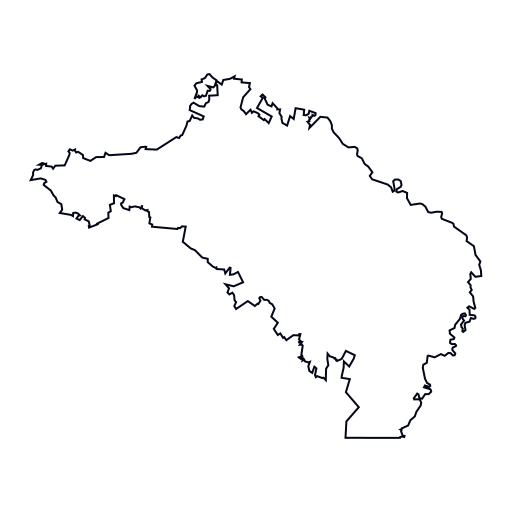 the district of Ocosingo, Chiapas, Mexico
{"feature_id": "50627088B67639994326823", "entity_name": "Ocosingo", "entity_type": "district", "adm_level": 2, "iso_a3": "MEX", "parent_name": "Mexico", "parent_adm1": "Chiapas", "projection": "natural_earth1", "projection_center": [-91.381, 16.657], "detail": "fine", "context": "isolated", "style": "outline", "palette": "ink", "viewbox_px": 512, "rotation_deg": 0, "n_neighbors": 0, "source": "geoboundaries", "source_scale": "gbopen_adm2", "svg_char_len": 6019}
<svg xmlns="http://www.w3.org/2000/svg" viewBox="0 0 512 512"><path d="M345.5,437.8L399.9,437.9L400.2,437.0L402.2,436.6L404.2,437.0L404.5,435.9L402.7,435.8L401.1,431.4L401.4,430.3L400.6,429.7L401.6,429.5L401.6,428.5L408.1,425.5L410.4,420.2L414.8,416.4L416.3,412.0L420.7,405.4L421.2,402.6L420.1,400.1L418.8,399.3L414.2,399.4L413.8,398.3L417.2,393.6L418.5,394.4L419.4,398.2L422.1,398.7L425.2,394.1L428.7,394.1L431.2,391.7L430.5,389.3L424.0,387.3L424.9,385.5L429.3,386.8L430.3,385.9L430.0,384.6L427.1,383.0L425.0,378.7L422.8,367.9L423.3,364.7L426.8,362.8L427.6,356.0L428.4,355.6L434.7,357.3L440.9,354.1L444.7,355.8L448.4,352.9L450.7,353.2L452.8,355.4L454.6,355.3L455.3,353.4L452.5,350.2L452.3,348.8L452.9,347.5L455.8,346.2L456.1,345.3L454.9,344.0L451.7,344.1L450.0,342.8L450.4,339.7L453.8,339.1L454.4,337.5L449.9,333.7L449.6,330.4L454.5,328.0L455.2,324.7L460.0,318.8L461.1,314.9L462.6,313.8L464.8,313.4L466.0,315.2L465.4,316.3L463.3,316.0L462.5,316.7L462.5,318.4L464.0,320.6L461.0,324.6L461.4,326.9L462.8,328.6L462.3,331.0L463.2,331.9L465.5,330.1L464.6,325.0L465.4,322.8L469.5,321.7L470.9,318.0L473.6,318.9L475.3,318.3L475.5,316.7L474.6,315.4L469.7,314.8L469.5,309.8L467.4,307.7L469.1,306.3L474.2,308.9L475.3,307.9L473.6,301.6L473.1,296.4L469.8,292.3L471.7,290.0L470.5,287.3L470.6,285.2L468.0,282.1L470.8,278.9L470.3,274.1L471.2,272.3L475.4,276.8L481.3,276.0L480.9,270.3L479.2,264.8L480.4,261.5L475.5,254.9L473.9,246.2L466.6,241.1L467.1,237.6L466.3,235.3L454.0,226.6L453.5,224.0L452.5,223.0L441.8,218.8L441.2,217.1L442.1,213.3L441.6,211.9L436.6,211.7L431.4,212.7L428.2,212.1L425.5,206.8L422.5,204.2L420.0,203.5L410.7,204.9L407.0,198.2L407.1,192.9L402.7,191.0L398.0,192.5L396.3,191.5L396.9,189.2L400.7,186.8L401.5,185.0L400.8,181.2L398.4,179.5L395.0,179.5L393.2,181.2L394.6,188.7L394.2,190.8L392.7,191.7L391.1,187.3L387.6,184.5L372.1,179.3L369.8,175.9L372.4,172.3L368.3,166.6L364.7,164.0L361.8,158.3L357.6,156.0L357.0,154.5L357.7,150.5L357.2,148.3L354.7,146.9L348.5,147.4L342.8,143.9L339.1,138.1L333.7,132.4L331.9,128.7L331.9,125.2L330.4,121.3L327.5,117.6L320.4,116.8L309.4,128.0L310.0,124.8L307.5,121.7L309.4,121.1L309.1,120.1L309.9,119.4L309.3,117.7L310.5,118.3L311.4,117.5L311.3,116.6L313.0,115.7L312.8,115.1L314.6,115.8L315.5,115.0L315.6,113.1L309.3,110.8L308.6,113.9L305.9,115.3L303.7,115.0L304.2,109.7L295.6,108.2L293.7,119.0L290.1,116.1L287.1,125.6L282.4,122.9L281.4,118.5L281.7,117.0L279.4,113.1L280.1,109.4L277.3,109.4L277.4,108.4L272.6,103.2L271.5,106.4L267.6,104.7L264.6,98.3L265.4,97.3L262.5,94.5L260.7,96.3L262.8,97.8L257.0,108.0L271.7,116.5L268.7,123.1L264.6,119.1L263.8,120.1L258.5,116.2L259.4,114.7L257.9,113.2L253.6,111.3L251.9,112.8L250.5,109.7L246.0,114.2L243.9,111.2L241.4,109.4L240.5,107.4L243.2,97.2L250.4,89.2L249.0,87.0L249.9,83.1L241.6,82.4L241.8,79.5L234.0,78.7L234.6,76.3L230.1,78.8L223.3,80.0L221.7,84.6L217.5,81.5L215.7,82.8L216.5,80.3L212.4,77.4L209.5,74.1L207.3,74.5L204.9,78.1L201.6,79.4L202.0,81.9L196.3,83.3L194.5,85.7L197.1,90.5L197.0,92.3L194.4,98.9L196.7,96.6L199.0,97.6L198.8,95.9L200.7,97.2L202.3,95.3L204.0,96.3L205.9,95.8L207.7,90.7L209.8,90.9L210.6,89.2L207.5,85.9L213.3,87.4L216.2,84.3L217.2,85.3L217.7,95.2L209.1,95.7L209.3,99.4L208.5,102.0L205.8,103.3L204.3,106.6L199.3,106.1L193.5,102.7L191.7,103.8L190.2,105.8L189.7,110.1L203.7,116.4L202.7,119.4L200.1,119.8L198.1,118.5L194.0,117.8L192.2,115.5L189.7,121.0L187.5,121.5L186.4,125.8L182.2,135.1L180.7,135.5L179.1,138.0L176.3,137.1L156.8,149.6L145.6,149.1L146.2,146.9L145.2,146.7L140.5,147.3L136.4,152.8L131.6,153.8L109.2,155.2L105.5,152.8L104.0,157.0L96.1,157.1L90.4,160.9L83.2,158.1L82.9,155.0L78.1,151.8L76.2,152.5L75.1,150.9L75.1,149.5L72.7,150.6L69.8,149.3L68.4,151.4L69.6,152.8L69.5,154.6L64.7,165.4L55.3,165.7L53.1,168.7L51.7,166.6L46.0,165.9L46.2,163.7L43.5,164.4L43.6,163.4L42.2,163.0L39.1,164.7L42.0,164.8L40.9,168.3L37.4,169.9L35.7,169.4L34.2,170.1L33.0,172.7L33.2,174.9L30.7,180.1L40.7,178.4L45.5,179.9L46.4,181.8L44.3,183.1L43.7,184.9L50.9,190.6L53.5,195.3L55.7,197.6L57.5,202.0L61.3,204.1L62.2,209.7L59.8,213.0L71.0,214.9L73.0,216.1L73.2,213.0L75.5,212.6L77.9,213.4L79.9,215.4L78.4,215.8L76.5,218.5L79.7,220.1L82.9,216.1L85.0,217.9L84.7,219.4L88.8,221.4L89.7,225.7L88.8,225.9L89.1,227.6L97.6,224.3L97.2,223.6L108.5,218.0L108.3,212.7L110.8,211.2L109.9,204.8L114.0,203.3L113.9,195.4L115.8,196.1L116.2,195.2L124.4,199.1L122.7,202.7L121.2,203.3L121.1,204.8L123.3,208.1L129.3,210.1L129.7,206.6L131.2,207.2L135.0,206.4L139.3,207.3L140.6,208.5L142.3,205.3L141.7,208.2L145.5,210.5L147.5,210.0L147.5,211.3L149.0,212.1L149.3,217.1L150.3,217.4L149.4,223.4L152.2,224.5L152.0,226.7L177.4,229.0L178.0,227.9L180.1,228.2L181.9,226.4L185.7,226.6L182.8,241.8L190.9,248.5L194.9,250.1L202.3,257.6L207.7,258.8L207.8,262.2L212.9,266.6L215.9,268.0L216.4,267.6L216.6,269.0L224.2,269.5L225.3,273.5L229.7,267.6L230.6,267.9L229.9,274.8L233.3,274.4L238.0,272.0L243.1,282.3L233.7,286.3L225.5,284.3L229.0,288.3L227.5,292.5L229.4,294.4L232.4,292.7L234.1,295.2L234.6,300.4L236.1,302.1L234.3,306.0L236.1,309.0L247.8,301.1L254.9,306.0L257.5,303.7L258.3,304.0L260.4,300.7L259.3,298.1L259.9,297.2L261.7,297.0L264.2,299.9L267.0,299.9L268.7,300.8L269.7,302.9L272.1,304.2L273.8,306.9L274.6,308.7L271.3,316.7L277.8,322.7L273.8,328.9L277.8,335.0L280.3,333.4L283.1,337.9L284.2,337.1L286.3,340.2L293.3,335.2L298.7,335.4L299.3,334.0L300.4,334.1L299.0,339.4L300.5,341.0L298.3,342.5L301.8,342.1L299.9,344.8L301.9,344.6L302.7,345.7L301.4,354.5L302.2,355.9L298.8,357.3L301.0,359.0L301.7,358.7L301.4,357.0L302.2,357.1L303.2,358.7L302.6,360.5L304.2,359.6L304.9,361.3L308.2,362.4L309.9,361.8L308.3,366.4L309.4,371.0L312.2,372.9L314.4,366.7L316.4,368.4L315.0,375.1L315.9,377.2L317.1,376.1L322.1,378.0L323.5,377.7L325.8,380.2L326.1,368.7L328.3,365.3L327.3,358.7L327.6,353.6L329.8,356.3L334.9,358.0L334.6,358.6L336.4,359.5L336.1,360.3L337.0,361.0L341.7,358.9L345.9,350.9L354.8,355.2L353.6,358.9L349.2,366.5L343.9,361.4L343.6,367.8L341.8,375.8L341.6,377.8L349.8,379.1L345.9,392.2L358.8,407.2L346.4,421.4L345.5,437.8Z" fill="none" stroke="#020617" stroke-width="2"/></svg>